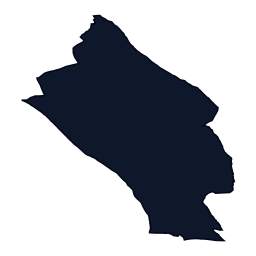 outline of Hof nor, Vestfold, Norway
{"feature_id": "86288312B12801335052403", "entity_name": "Hof nor", "entity_type": "district", "adm_level": 2, "iso_a3": "NOR", "parent_name": "Norway", "parent_adm1": "Vestfold", "projection": "equal_earth", "projection_center": [10.058, 59.556], "detail": "fine", "context": "isolated", "style": "filled", "palette": "ink", "viewbox_px": 256, "rotation_deg": 0, "n_neighbors": 0, "source": "geoboundaries", "source_scale": "gbopen_adm2", "svg_char_len": 5730}
<svg xmlns="http://www.w3.org/2000/svg" viewBox="0 0 256 256"><path d="M149.5,232.7L153.9,233.0L164.0,233.1L165.2,233.3L168.2,233.1L168.8,233.1L169.4,233.6L170.0,233.5L170.3,233.8L171.3,233.9L171.7,234.5L172.7,234.8L173.5,235.6L174.5,235.5L174.9,235.8L176.0,235.8L176.9,236.2L177.5,235.9L178.4,235.9L178.5,235.7L178.3,235.3L178.7,235.1L178.9,234.8L179.5,234.5L180.9,235.1L181.4,235.9L182.3,235.9L183.8,238.0L184.1,238.7L184.2,239.7L184.3,239.9L187.7,239.2L189.0,239.0L193.7,238.6L197.9,238.6L201.9,239.0L204.5,239.0L209.2,239.5L215.0,240.3L217.0,240.5L218.8,240.4L221.2,240.6L224.0,240.6L221.6,238.6L221.3,238.3L221.2,237.9L219.3,236.2L218.8,235.3L218.6,235.1L218.6,234.7L218.2,234.7L217.8,234.4L217.5,234.4L217.4,234.1L217.1,234.1L217.0,233.6L216.3,233.4L215.1,232.5L214.6,231.9L214.2,231.8L213.3,231.2L213.4,230.2L212.9,229.2L214.6,228.9L216.4,229.1L219.2,229.8L219.4,230.1L222.2,229.9L221.9,229.5L221.7,229.4L221.3,228.5L220.7,227.6L220.2,226.4L220.3,226.0L220.2,225.8L220.0,225.6L219.6,225.3L219.5,224.7L219.1,224.1L218.6,223.9L218.4,223.1L218.2,222.8L216.5,221.9L216.6,221.5L216.5,221.2L216.3,221.0L215.8,220.0L214.2,219.1L214.2,218.5L213.9,218.2L213.7,217.4L212.4,216.3L212.3,215.9L211.9,215.8L211.2,215.2L210.9,214.7L210.8,214.1L210.4,213.6L210.3,213.1L209.6,212.5L209.4,211.3L209.1,211.2L208.6,210.2L208.6,209.8L207.3,208.0L206.9,207.1L206.1,206.8L205.8,206.2L205.2,205.7L204.5,204.8L204.2,204.7L203.6,203.9L203.5,203.4L202.5,202.6L202.5,201.9L203.2,200.0L204.8,197.6L205.0,196.1L205.4,195.5L207.6,193.8L208.6,192.8L210.7,192.3L212.1,191.5L212.9,191.9L213.3,191.9L213.9,192.3L214.6,192.4L214.9,192.8L215.6,193.3L217.3,193.1L229.7,192.5L230.3,192.0L230.7,191.9L232.9,190.1L232.7,189.7L232.9,188.9L232.7,188.6L233.0,188.3L232.4,186.5L232.2,186.5L232.3,186.0L233.0,185.7L233.2,185.2L233.0,184.1L233.1,183.4L233.0,183.1L232.3,182.8L232.7,182.3L232.7,182.2L233.2,182.0L233.9,181.7L234.3,181.7L234.2,180.9L233.6,179.9L233.8,179.8L233.2,179.2L233.4,177.4L233.3,176.8L232.9,176.3L232.9,175.6L233.3,173.7L232.7,172.6L231.2,166.0L231.8,163.5L231.5,162.9L231.0,161.2L231.3,160.7L231.3,159.6L231.5,159.4L231.2,159.0L231.5,158.2L230.5,157.3L229.9,157.1L228.8,155.9L228.0,155.9L228.0,155.4L226.3,153.9L225.9,153.3L224.7,152.3L224.2,151.7L224.0,150.7L223.4,149.8L223.0,148.9L222.4,146.4L221.9,146.0L222.1,145.6L221.5,144.8L220.1,141.5L219.3,140.5L217.4,136.6L216.6,136.1L215.7,135.0L214.5,134.4L213.3,133.0L212.7,131.9L212.3,130.8L212.4,130.5L212.2,130.1L211.9,129.8L210.3,129.1L210.3,128.5L208.9,126.9L207.9,126.5L207.2,126.6L205.1,125.6L204.4,125.3L203.7,125.4L206.5,123.2L209.5,121.4L212.0,120.5L213.3,118.3L213.4,117.6L214.2,116.7L215.0,114.9L215.7,114.1L216.8,111.9L217.2,111.3L217.3,110.8L217.7,110.2L217.7,109.3L218.1,107.8L216.4,106.3L215.7,105.5L214.7,104.8L213.4,103.2L211.9,102.0L208.9,98.5L207.8,97.6L207.1,97.4L206.3,96.5L205.6,96.0L204.8,95.2L204.5,94.7L203.6,94.1L202.8,93.1L201.5,92.2L201.5,91.7L201.0,91.2L200.4,90.8L199.9,90.2L198.5,89.0L197.2,87.6L193.9,86.7L192.7,86.2L192.0,86.0L190.2,84.6L187.5,83.3L187.1,82.9L186.2,82.3L186.1,82.0L185.0,81.0L183.9,80.5L182.5,80.3L181.8,80.2L180.5,79.9L180.1,79.8L179.4,79.1L179.2,79.1L175.6,76.5L174.0,75.7L172.2,75.2L170.6,73.9L169.3,73.2L167.3,72.0L166.1,71.4L164.2,70.2L160.8,68.3L159.8,67.7L157.5,65.7L155.8,64.6L155.1,64.2L153.9,63.2L152.5,62.4L151.6,61.7L146.4,56.9L142.1,54.5L138.2,51.6L136.5,50.4L135.3,49.0L134.4,48.4L132.9,46.3L132.1,45.8L130.6,44.5L129.4,42.9L127.9,40.5L126.7,38.0L126.1,37.2L125.3,36.6L124.6,35.8L123.8,33.8L121.6,31.6L119.6,29.1L118.8,28.4L116.7,26.3L115.0,25.3L114.1,25.0L114.1,24.9L112.4,22.6L111.8,22.0L110.8,21.6L109.7,21.6L109.5,21.3L108.4,21.2L108.1,20.9L107.8,20.9L107.4,20.5L106.6,20.3L106.6,20.2L106.3,19.9L105.7,19.6L105.2,18.9L104.5,18.5L104.2,18.6L103.2,18.1L103.1,17.9L102.5,17.7L100.6,16.4L100.6,16.0L99.2,15.4L98.0,15.6L96.9,15.6L93.6,16.0L94.5,17.4L94.8,17.5L94.8,17.9L95.0,18.1L95.1,19.1L95.0,19.3L94.1,19.5L93.6,19.8L93.7,20.0L93.8,20.3L94.8,21.3L94.7,22.2L95.2,22.5L94.7,23.0L95.1,23.4L95.0,23.6L93.9,23.7L93.4,23.7L92.2,24.0L91.8,23.9L91.2,24.0L91.2,24.3L91.5,24.6L91.6,24.9L91.9,25.2L92.1,25.5L91.9,25.7L90.9,26.1L91.2,26.5L91.2,27.0L90.9,27.5L91.0,27.7L90.0,29.0L89.6,29.3L89.6,29.8L89.0,30.1L89.2,30.4L89.1,30.6L88.7,30.7L87.8,31.2L86.5,31.5L86.4,31.6L86.4,31.8L86.3,32.0L85.7,32.2L85.2,32.6L85.0,33.1L84.7,33.4L83.3,34.3L82.2,34.7L81.9,35.3L81.3,36.2L80.4,37.0L81.5,38.2L82.9,39.2L83.5,40.0L83.8,40.9L83.7,41.4L83.5,41.7L77.2,45.0L74.0,47.3L73.2,48.3L73.3,53.0L74.6,56.9L78.8,63.5L66.9,66.3L65.6,66.7L60.1,69.0L56.0,70.1L54.0,70.8L50.2,71.5L46.6,72.5L44.2,73.5L43.4,74.3L38.9,77.7L38.4,77.9L37.0,78.0L37.2,79.0L38.2,81.3L40.2,84.7L41.8,88.9L44.7,95.6L38.9,96.0L35.4,96.0L34.7,96.2L34.2,96.2L34.1,96.4L34.0,96.5L30.6,97.6L29.1,98.7L26.8,100.1L21.7,100.1L26.1,102.0L27.6,102.9L29.4,103.7L30.6,104.8L33.0,106.2L42.3,112.7L43.9,114.3L45.5,115.3L46.5,116.2L49.8,119.5L50.9,120.8L53.3,122.9L54.7,124.5L56.5,126.1L58.4,128.3L62.7,132.6L66.0,135.9L66.8,136.5L67.5,137.6L68.3,138.2L70.5,140.5L71.5,141.2L72.8,142.8L73.3,143.0L74.1,144.0L77.9,146.9L79.6,148.4L80.5,149.2L85.5,153.8L85.9,154.2L86.5,154.3L88.3,155.4L90.0,155.7L91.3,156.6L95.1,158.3L98.1,160.7L100.0,161.7L101.9,162.9L112.6,170.4L114.0,171.1L116.8,172.8L123.3,179.8L125.7,181.8L126.4,182.5L127.5,184.4L127.6,184.8L128.3,185.6L129.6,186.5L132.9,189.9L134.1,194.5L134.8,196.1L137.7,199.3L138.9,200.2L140.8,202.1L141.3,202.7L143.6,207.7L144.3,208.7L144.3,209.1L144.6,209.3L145.2,210.6L146.1,212.0L147.2,213.5L148.2,214.5L148.5,215.0L148.7,215.4L148.6,215.7L149.0,216.5L149.4,219.8L149.7,221.0L150.0,221.5L150.0,222.1L149.8,222.9L150.3,225.3L150.3,226.2L150.4,226.5L150.6,228.9L150.3,229.4L149.5,232.0L149.5,232.7Z" fill="#0f172a" stroke="#020617" stroke-width="1.5"/></svg>